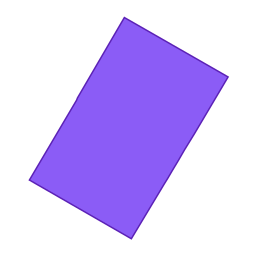 outline of Adams, Indiana, United States of America, rotated 31°
{"feature_id": "52423323B32450220216065", "entity_name": "Adams", "entity_type": "district", "adm_level": 2, "iso_a3": "USA", "parent_name": "United States of America", "parent_adm1": "Indiana", "projection": "robinson", "projection_center": [-84.869, 40.745], "detail": "fine", "context": "isolated", "style": "filled", "palette": "violet", "viewbox_px": 256, "rotation_deg": 31, "n_neighbors": 0, "source": "geoboundaries", "source_scale": "gbopen_adm2", "svg_char_len": 378}
<svg xmlns="http://www.w3.org/2000/svg" viewBox="0 0 256 256"><g transform="rotate(31 128 128)"><path d="M70.3,223.4L187.9,221.2L187.9,182.1L187.9,173.8L187.9,166.0L187.9,158.2L187.9,157.1L188.0,151.1L187.9,142.4L187.9,137.3L187.9,129.7L187.7,117.2L187.9,98.3L187.5,32.7L68.0,35.2L69.2,128.3L69.6,130.6L70.3,223.4Z" fill="#8b5cf6" stroke="#5b21b6" stroke-width="1.5"/></g></svg>